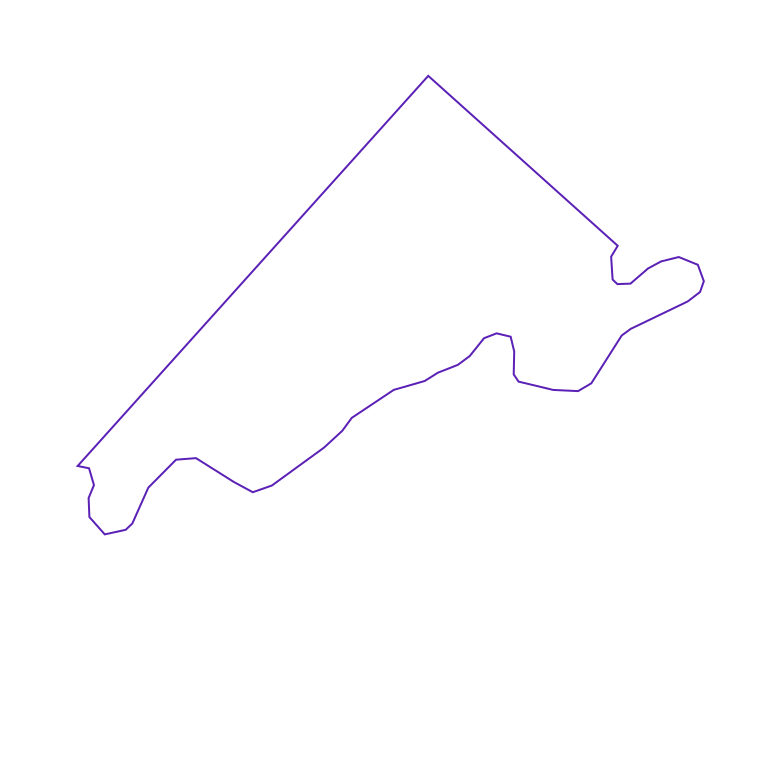 outline of Hughes, South Dakota, United States of America, rotated 312°
{"feature_id": "52423323B77405573289865", "entity_name": "Hughes", "entity_type": "district", "adm_level": 2, "iso_a3": "USA", "parent_name": "United States of America", "parent_adm1": "South Dakota", "projection": "natural_earth1", "projection_center": [-100.02, 44.323], "detail": "fine", "context": "isolated", "style": "outline", "palette": "violet", "viewbox_px": 768, "rotation_deg": 312, "n_neighbors": 0, "source": "geoboundaries", "source_scale": "gbopen_adm2", "svg_char_len": 740}
<svg xmlns="http://www.w3.org/2000/svg" viewBox="0 0 768 768"><g transform="rotate(312 384 384)"><path d="M634.9,210.7L118.1,211.2L124.0,221.2L114.8,236.1L101.6,240.8L88.0,254.1L85.4,277.1L102.8,289.6L112.0,290.3L149.3,278.2L188.6,280.1L203.1,293.9L210.7,337.9L215.8,358.9L233.5,368.6L296.7,382.0L321.3,384.3L337.3,382.7L386.2,395.2L413.4,412.2L428.5,416.5L447.7,426.1L462.2,429.0L485.0,427.7L497.0,433.8L503.9,446.5L495.3,459.0L477.9,474.0L475.8,482.4L492.8,513.7L508.6,533.0L523.3,537.6L579.1,528.2L590.2,530.5L648.7,554.5L663.9,557.3L674.4,552.9L682.6,537.5L675.6,518.1L660.5,507.9L646.5,502.9L623.5,500.0L614.4,490.6L614.6,484.0L630.6,467.6L643.1,465.2L642.6,210.7L634.9,210.7Z" fill="none" stroke="#5b21b6" stroke-width="2"/></g></svg>